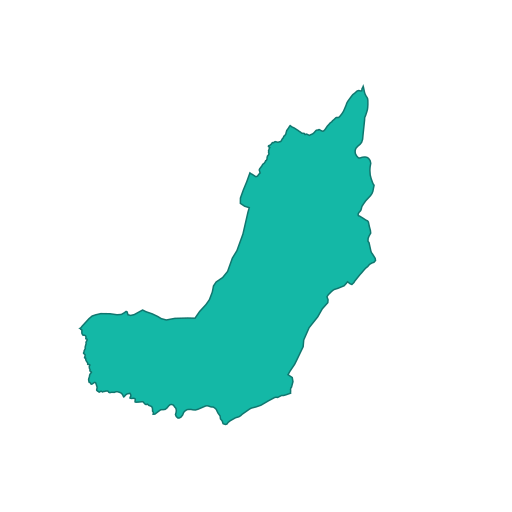 outline of Yaha, Yala, Thailand, rotated 34°
{"feature_id": "78962969B93960715397909", "entity_name": "Yaha", "entity_type": "district", "adm_level": 2, "iso_a3": "THA", "parent_name": "Thailand", "parent_adm1": "Yala", "projection": "equal_earth", "projection_center": [101.075, 6.426], "detail": "fine", "context": "isolated", "style": "filled", "palette": "teal", "viewbox_px": 512, "rotation_deg": 34, "n_neighbors": 0, "source": "geoboundaries", "source_scale": "gbopen_adm2", "svg_char_len": 6131}
<svg xmlns="http://www.w3.org/2000/svg" viewBox="0 0 512 512"><g transform="rotate(34 256 256)"><path d="M361.4,350.4L361.1,350.1L360.1,348.4L359.2,347.3L358.6,345.5L358.8,345.0L356.9,339.5L354.0,336.5L348.9,336.5L348.6,332.6L348.6,324.3L348.1,320.4L345.8,304.8L342.5,298.9L340.1,285.7L341.2,272.0L340.5,262.8L341.6,254.5L340.2,252.0L337.6,250.1L337.6,247.6L338.4,243.5L338.9,241.6L339.5,240.1L341.9,237.1L345.7,231.4L346.1,228.7L346.3,226.2L349.6,226.4L351.4,226.0L352.0,223.3L351.9,221.6L352.6,213.2L353.0,210.5L353.4,206.8L353.7,204.8L354.5,202.4L354.8,199.5L356.0,197.0L357.3,195.3L357.6,192.9L356.1,191.3L351.4,189.2L349.9,188.7L348.5,187.7L342.2,181.7L340.6,181.2L339.1,178.7L338.6,176.5L338.4,174.6L338.3,172.9L336.6,170.9L333.5,168.2L330.2,165.0L328.9,164.5L326.9,164.8L324.2,164.8L319.3,165.0L318.8,165.3L318.2,165.3L317.2,164.1L317.0,162.4L317.4,159.8L317.0,158.2L316.1,155.8L316.0,152.8L316.1,148.8L317.2,141.9L317.2,139.3L316.7,137.0L314.9,132.7L314.3,131.3L312.9,130.8L311.5,129.9L308.1,127.4L305.4,125.0L302.5,121.3L301.7,120.0L300.7,118.2L299.3,115.0L297.4,113.2L295.9,112.5L294.4,112.1L293.2,112.1L291.7,112.6L290.5,113.3L288.7,114.9L287.4,116.6L286.1,117.4L283.5,116.8L281.2,115.6L280.0,114.3L279.1,112.8L278.6,110.9L279.0,108.0L279.8,105.2L280.0,102.7L279.1,99.6L276.7,95.2L269.9,82.4L268.7,80.5L268.3,78.3L267.2,74.4L266.4,72.1L265.6,70.5L264.0,67.8L261.8,64.6L260.6,63.2L259.6,62.6L257.5,61.7L255.5,60.5L254.3,59.5L250.6,55.9L250.0,55.4L250.2,56.3L250.3,57.9L251.3,59.9L250.2,60.8L248.7,61.3L247.6,62.6L247.4,63.2L246.8,65.7L246.0,68.1L245.8,70.8L245.6,76.1L245.7,77.7L245.8,78.6L246.4,80.7L247.6,87.0L247.7,89.8L247.4,93.7L247.0,94.9L246.7,95.2L245.2,96.2L244.9,96.8L244.3,99.6L243.8,101.1L243.8,102.4L243.3,103.6L243.0,104.6L242.9,106.0L242.5,108.4L242.5,112.7L242.2,114.3L241.8,115.0L241.2,115.4L239.1,115.8L238.2,115.7L237.6,115.9L237.3,116.2L237.2,116.8L236.2,117.4L236.0,117.7L235.6,118.3L235.4,119.6L235.2,121.3L234.7,123.0L233.3,125.2L232.8,126.2L229.8,126.6L229.4,127.2L228.7,127.9L228.4,127.9L227.8,127.4L227.5,127.4L226.1,128.1L225.5,128.6L223.1,128.4L222.5,128.5L221.0,128.4L216.0,128.5L213.7,128.9L211.4,128.8L211.3,129.6L211.4,131.8L211.3,134.8L212.2,137.5L212.5,138.0L212.5,140.0L212.1,141.1L212.5,142.7L212.3,144.1L212.5,146.0L212.5,147.1L212.2,147.6L211.6,148.2L211.1,148.9L210.3,149.6L209.9,149.8L209.3,149.9L208.8,150.2L208.2,150.3L207.8,150.6L207.4,151.5L207.3,152.2L206.4,152.6L206.2,152.9L206.1,153.4L206.1,154.6L205.9,155.5L205.6,156.4L205.0,157.2L204.8,157.6L204.9,158.1L205.3,158.4L206.1,158.2L206.8,158.4L206.9,159.6L207.3,160.6L207.4,161.5L208.3,162.6L208.6,163.3L209.3,163.7L209.7,164.3L209.8,165.2L209.6,166.9L210.0,167.6L210.2,168.3L210.9,169.4L211.1,170.5L211.1,171.1L210.7,171.6L211.0,173.0L210.9,174.7L210.3,176.3L210.5,177.8L210.3,181.5L210.4,182.4L210.8,183.1L211.7,183.7L212.2,184.3L213.0,184.8L212.6,186.9L212.6,188.9L212.2,189.6L211.3,190.4L207.2,190.4L206.0,190.6L204.5,190.5L206.8,199.6L208.6,208.4L210.7,216.7L213.6,221.1L218.7,221.1L223.4,219.7L224.8,224.1L232.9,245.1L237.2,262.2L237.6,271.0L241.1,284.7L240.4,292.5L237.5,299.8L237.5,304.6L238.6,307.1L240.0,310.5L241.8,318.3L241.7,324.2L240.3,333.4L240.2,341.7L234.1,345.6L223.6,353.1L217.4,359.2L214.8,360.1L212.5,360.9L208.3,361.1L202.3,362.0L196.0,363.7L192.2,364.2L187.8,372.7L185.3,375.4L182.7,376.3L180.4,374.4L179.3,374.6L178.6,376.6L177.1,379.7L173.7,382.4L167.3,385.5L159.5,390.6L155.9,394.5L153.7,397.4L152.6,401.3L151.1,411.3L151.0,413.4L150.6,414.3L150.9,414.2L151.4,414.7L151.8,414.8L152.8,414.6L153.0,414.7L154.6,417.1L155.2,417.7L156.1,418.1L157.0,418.4L157.5,417.9L158.1,417.6L159.0,417.5L159.7,417.6L160.4,418.3L161.1,419.7L161.5,419.8L162.2,419.4L162.8,419.8L163.1,420.4L163.2,422.1L163.3,422.5L163.5,422.9L164.1,423.5L165.3,427.1L166.2,428.1L166.3,428.9L166.5,430.6L167.1,431.8L167.2,432.7L167.4,433.0L167.6,433.2L169.2,433.3L169.6,433.5L169.8,433.7L170.3,434.7L170.6,436.0L170.9,436.3L171.2,436.2L171.5,435.9L172.0,436.0L172.8,437.1L173.6,437.7L175.1,438.4L175.9,438.6L176.6,439.2L177.0,439.9L177.3,439.9L178.3,439.3L178.9,439.1L179.3,439.4L179.6,441.0L180.9,442.4L181.9,442.9L182.5,444.1L182.9,444.2L184.3,444.2L184.6,444.4L184.6,444.8L184.5,445.8L184.5,446.8L184.7,447.8L185.4,449.2L185.9,451.1L186.4,452.2L188.1,453.9L188.4,454.0L188.7,453.7L189.2,453.7L190.8,454.4L191.4,454.2L191.7,453.8L192.7,451.3L193.1,450.9L193.7,450.8L194.2,450.9L197.4,453.4L197.9,454.0L198.8,456.2L199.1,456.4L200.1,456.6L201.0,456.5L201.8,456.6L202.1,456.5L202.3,456.4L202.9,455.0L203.2,454.7L203.6,454.6L204.5,454.6L204.9,454.5L205.4,453.5L206.4,452.8L206.9,452.0L208.4,451.0L208.8,450.9L209.2,450.9L210.2,451.3L210.8,451.2L211.3,451.0L212.5,449.7L214.8,448.3L215.8,446.8L217.2,445.9L219.7,445.2L220.6,445.1L221.5,445.1L223.4,445.8L224.3,446.4L225.1,446.8L225.4,446.3L225.6,444.1L226.3,442.4L226.7,441.8L227.5,441.2L228.2,440.3L228.4,440.3L228.8,440.6L229.5,440.9L230.3,441.7L230.6,442.1L230.6,443.5L231.0,444.2L231.2,444.3L231.6,444.0L232.5,443.7L233.8,442.6L235.1,442.0L235.6,442.1L236.0,442.2L236.2,442.5L236.9,444.0L237.2,444.4L237.4,444.6L238.0,444.4L238.4,444.2L240.4,442.7L243.3,440.3L244.2,440.1L246.2,440.7L247.0,440.8L247.8,440.7L248.2,440.4L248.6,439.7L248.9,439.5L250.7,439.8L252.1,439.4L253.6,439.2L254.1,439.4L255.1,440.0L256.2,441.3L257.0,442.5L258.3,443.0L258.6,443.3L259.2,444.7L260.6,443.6L261.9,439.8L263.0,436.7L265.2,435.1L266.5,433.9L267.2,431.7L267.4,429.2L267.8,427.5L268.9,426.3L270.9,425.8L272.9,426.6L274.8,427.1L276.3,428.6L277.2,430.3L277.9,432.5L279.7,433.7L281.9,434.0L283.0,433.2L283.9,431.5L284.1,428.8L283.5,426.2L283.7,424.5L284.6,422.1L285.9,420.9L287.8,419.6L289.9,418.7L291.9,417.5L293.6,415.5L298.3,408.2L299.9,407.1L301.9,406.6L303.2,406.2L305.1,405.1L306.9,405.1L308.8,405.4L310.3,406.3L312.4,407.5L315.7,408.7L317.6,410.9L319.4,411.4L320.6,411.9L322.0,413.1L322.6,413.4L325.0,412.7L325.9,411.5L325.9,409.6L326.8,406.9L329.5,401.5L331.7,398.9L332.6,396.9L333.0,395.0L336.3,386.4L337.2,384.7L340.4,381.1L343.5,377.0L347.4,368.9L350.6,362.9L351.5,361.9L353.0,361.2L355.2,357.3L356.8,356.3L358.4,354.4L361.4,350.4Z" fill="#14b8a6" stroke="#0f766e" stroke-width="1.5"/></g></svg>